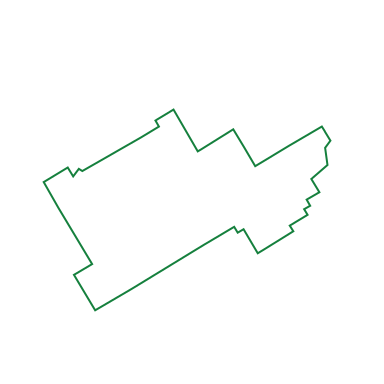 the district of Sharp, Arkansas, United States of America, rotated 58°
{"feature_id": "52423323B36098505966546", "entity_name": "Sharp", "entity_type": "district", "adm_level": 2, "iso_a3": "USA", "parent_name": "United States of America", "parent_adm1": "Arkansas", "projection": "mercator", "projection_center": [-91.463, 36.194], "detail": "fine", "context": "isolated", "style": "outline", "palette": "green", "viewbox_px": 384, "rotation_deg": 58, "n_neighbors": 0, "source": "geoboundaries", "source_scale": "gbopen_adm2", "svg_char_len": 657}
<svg xmlns="http://www.w3.org/2000/svg" viewBox="0 0 384 384"><g transform="rotate(58 192 192)"><path d="M105.0,312.5L134.8,313.7L200.2,314.9L199.7,336.0L241.0,336.8L242.2,294.5L243.1,209.5L243.9,174.7L250.7,174.8L250.9,168.0L278.8,168.7L278.9,161.8L279.0,126.9L272.3,126.9L272.6,106.1L266.0,106.0L266.3,99.1L259.2,98.8L259.7,84.1L244.2,83.9L240.9,62.8L225.1,55.7L221.8,47.4L211.7,47.3L210.5,47.2L206.7,47.2L205.3,47.2L204.2,85.0L203.6,124.7L181.3,124.1L160.7,123.8L160.7,162.0L160.6,165.6L112.3,164.0L112.0,185.1L119.0,185.4L118.7,206.3L116.1,273.9L112.4,275.7L115.8,284.5L105.4,284.4L105.0,312.5Z" fill="none" stroke="#15803d" stroke-width="2"/></g></svg>